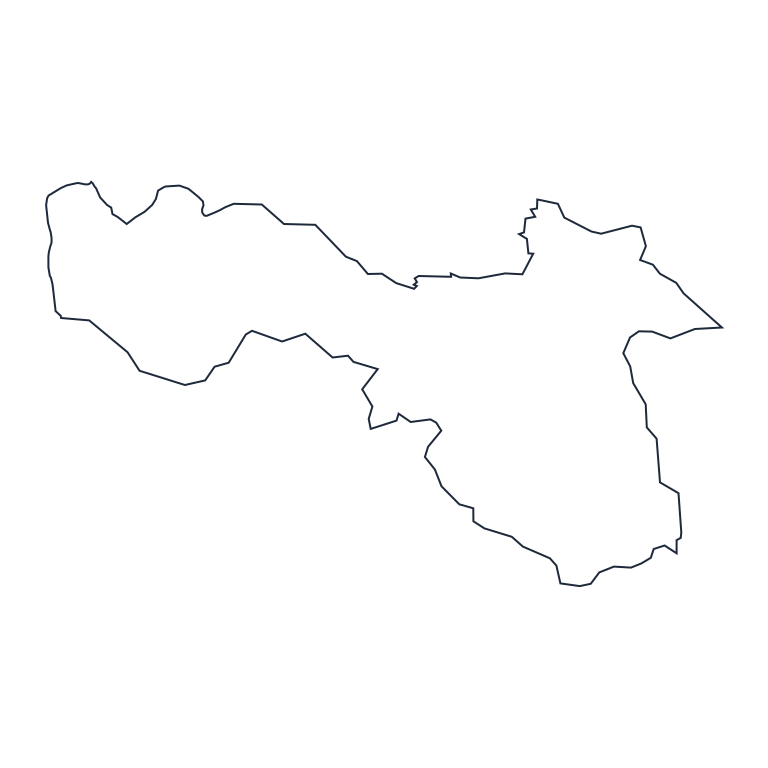 the district of Gostivar, Gostivar, North Macedonia
{"feature_id": "65306769B11113266730381", "entity_name": "Gostivar", "entity_type": "district", "adm_level": 2, "iso_a3": "MKD", "parent_name": "North Macedonia", "parent_adm1": "Gostivar", "projection": "orthographic", "projection_center": [20.801, 41.759], "detail": "fine", "context": "isolated", "style": "outline", "palette": "slate", "viewbox_px": 768, "rotation_deg": 0, "n_neighbors": 0, "source": "geoboundaries", "source_scale": "gbopen_adm2", "svg_char_len": 2132}
<svg xmlns="http://www.w3.org/2000/svg" viewBox="0 0 768 768"><path d="M579.8,586.1L590.7,583.8L599.3,572.4L613.9,566.6L631.0,567.6L641.2,563.5L650.8,557.8L653.7,549.0L664.6,545.5L676.6,553.3L676.6,540.2L680.7,537.9L681.3,532.6L678.5,493.2L660.0,482.4L656.6,438.7L646.8,427.4L645.7,404.3L633.2,383.1L630.2,366.4L623.3,353.2L630.0,337.5L638.9,331.3L652.2,331.6L670.4,338.4L694.9,329.0L721.9,327.5L683.6,293.4L676.3,282.9L659.9,273.7L652.9,264.7L640.1,260.0L645.9,246.2L640.6,227.4L632.0,225.7L601.1,233.7L591.4,231.5L564.3,217.6L557.9,203.8L541.5,200.3L537.3,199.5L537.0,208.5L530.8,209.5L535.2,216.8L525.5,218.6L524.0,232.4L519.1,234.1L526.9,238.9L528.4,253.4L533.2,253.7L522.4,274.3L505.2,273.4L478.4,278.3L460.2,277.5L450.8,273.5L451.1,276.8L418.7,276.0L414.7,278.4L417.0,282.1L413.8,284.7L416.8,286.0L414.1,288.8L396.2,283.1L381.9,273.7L367.9,274.0L356.9,261.1L345.9,256.7L315.3,224.8L284.0,224.0L261.8,204.5L233.7,203.8L225.3,207.2L219.6,210.3L215.5,212.2L206.8,215.8L205.0,215.7L204.2,215.4L202.2,212.5L202.1,209.3L203.5,205.3L202.9,201.4L198.6,197.1L188.5,188.8L179.4,185.6L165.4,186.5L163.1,187.6L158.1,190.6L155.9,199.0L152.3,204.8L144.6,211.8L135.2,217.4L126.7,224.0L117.6,216.9L112.5,214.1L111.2,207.6L107.1,205.0L100.1,197.4L96.1,188.3L94.5,186.4L92.7,183.3L91.2,181.9L89.7,183.7L87.9,184.4L84.6,184.3L82.9,183.9L78.1,183.0L76.4,183.2L66.7,185.4L60.8,188.1L48.5,195.6L47.1,198.4L46.1,205.1L48.0,222.7L49.4,228.1L50.7,232.4L51.0,234.2L51.6,238.5L51.5,242.9L50.3,246.3L48.8,252.5L48.6,254.4L48.4,256.5L48.4,260.9L48.4,267.4L49.8,275.8L50.9,277.7L52.4,283.7L53.1,289.1L55.6,311.1L60.7,315.8L61.1,318.0L89.2,320.4L127.6,352.3L139.6,370.8L184.9,385.0L205.2,380.4L214.6,366.7L228.7,362.7L245.8,334.5L252.0,330.8L282.1,341.5L305.3,333.7L332.6,357.5L348.0,355.7L353.5,361.9L377.7,369.1L362.2,389.3L372.4,406.5L368.7,418.9L370.7,428.9L396.5,420.6L398.6,413.7L410.7,422.0L430.4,419.4L436.2,422.6L441.3,430.7L428.1,446.7L424.9,457.0L434.9,469.5L441.5,486.3L459.3,504.3L473.3,508.3L473.4,521.3L484.4,528.4L511.8,536.8L522.9,546.6L549.9,558.3L556.4,565.6L560.4,583.4L579.8,586.1Z" fill="none" stroke="#1e293b" stroke-width="2"/></svg>